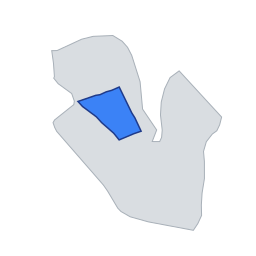 Randa, Tadjourah, Djibouti shown in context, rotated 285°
{"feature_id": "41766387B54529132802745", "entity_name": "Randa", "entity_type": "district", "adm_level": 2, "iso_a3": "DJI", "parent_name": "Djibouti", "parent_adm1": "Tadjourah", "projection": "mercator", "projection_center": [42.697, 12.023], "detail": "fine", "context": "in_parent", "style": "filled", "palette": "blue", "viewbox_px": 256, "rotation_deg": 285, "n_neighbors": 0, "source": "geoboundaries", "source_scale": "gbopen_adm2", "svg_char_len": 1056}
<svg xmlns="http://www.w3.org/2000/svg" viewBox="0 0 256 256"><g transform="rotate(285 128 128)"><path d="M196.4,162.6L187.4,176.8L175.9,194.9L162.8,215.6L154.7,215.7L148.3,214.5L144.0,211.0L135.0,207.2L124.9,207.0L115.3,210.5L99.0,214.9L84.3,216.4L72.5,218.8L62.6,221.7L53.8,220.2L46.1,217.6L44.4,195.6L42.6,171.8L42.8,153.1L45.5,142.9L47.9,138.9L61.8,124.6L66.6,118.9L82.5,95.3L96.1,75.1L106.3,60.0L109.5,57.1L113.8,54.2L116.8,55.0L136.6,69.6L140.1,69.2L146.7,64.7L152.7,49.1L156.9,43.4L158.7,43.6L171.4,39.2L183.0,34.3L184.4,39.4L201.8,60.3L207.5,70.6L213.4,89.4L210.3,99.9L205.8,106.7L199.1,112.8L175.8,127.7L150.0,137.2L133.5,156.2L121.2,154.9L123.1,162.1L127.6,162.9L134.8,161.6L149.0,156.0L161.7,153.4L175.3,153.2L187.6,155.6L196.4,162.6Z" fill="#d9dde1" stroke="#a8b0b8" stroke-width="1"/><path d="M140.7,72.8L137.0,78.5L130.6,94.6L126.4,101.1L119.3,115.5L114.2,122.5L124.0,135.1L128.3,141.5L139.6,132.0L143.6,127.7L165.3,108.9L160.1,102.4L157.3,97.6L152.9,92.3L151.2,88.4L140.7,72.8Z" fill="#3b82f6" stroke="#1e3a8a" stroke-width="1.5"/></g></svg>